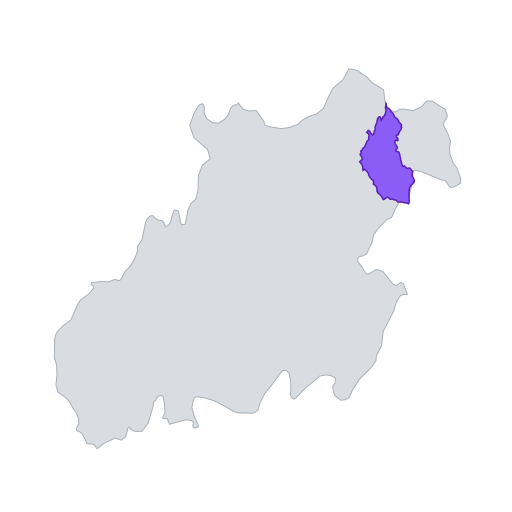 Republic of Serbia, with Jablanicki highlighted, rotated 265°
{"feature_id": "SRB-843", "entity_name": "Jablanicki", "entity_type": "District", "adm_level": 1, "iso_a3": "SRB", "parent_name": "Republic of Serbia", "parent_adm1": "", "projection": "robinson", "projection_center": [22.002, 42.918], "detail": "fine", "context": "in_parent", "style": "filled", "palette": "violet", "viewbox_px": 512, "rotation_deg": 265, "n_neighbors": 0, "source": "natural_earth", "source_scale": "10m", "svg_char_len": 8878}
<svg xmlns="http://www.w3.org/2000/svg" viewBox="0 0 512 512"><g transform="rotate(265 256 256)"><path d="M293.8,188.3L307.8,192.3L314.2,196.0L317.6,200.8L326.6,204.0L341.1,205.6L351.3,210.6L357.0,219.0L366.4,217.0L379.3,204.5L392.0,201.3L404.4,207.2L411.3,212.1L412.4,216.0L409.5,217.5L402.6,216.8L396.9,219.1L392.4,224.6L391.7,230.4L394.9,236.6L399.3,240.9L405.1,243.3L408.1,246.5L408.5,250.6L410.0,251.7L406.8,253.6L403.2,256.4L401.2,261.3L400.8,269.2L389.6,275.4L385.5,276.5L383.6,280.6L380.7,292.2L381.1,300.9L382.6,305.3L383.3,308.9L386.9,313.3L390.2,320.1L392.4,329.1L397.2,336.0L409.6,342.9L415.8,346.8L420.3,352.6L423.8,357.8L434.1,364.7L433.3,369.7L431.1,374.5L428.7,376.8L423.7,383.0L418.7,386.5L410.6,397.5L397.7,398.1L394.6,398.9L389.7,401.9L387.3,407.4L389.6,411.8L389.4,416.3L387.1,424.9L390.2,434.1L394.8,438.4L395.5,440.8L394.8,445.2L388.0,454.0L385.9,457.2L379.1,458.8L376.8,458.0L373.2,455.0L370.0,454.1L361.8,457.6L353.5,459.8L347.0,458.2L340.6,458.0L336.1,459.4L332.8,460.0L326.2,463.8L315.6,466.6L310.7,466.0L308.9,462.4L306.9,457.3L307.9,455.0L314.9,450.9L315.7,447.1L325.4,428.5L327.3,422.5L327.4,420.5L324.9,419.2L319.5,419.3L295.8,411.7L296.9,403.1L289.9,398.5L282.4,394.3L281.2,389.7L272.9,380.3L266.8,375.1L259.0,372.5L252.4,368.6L248.3,366.3L246.6,361.9L246.6,359.4L244.6,356.9L241.3,357.1L235.8,360.6L229.1,363.6L227.9,365.8L230.3,370.9L232.0,374.2L231.2,377.3L229.0,381.3L216.0,390.0L214.5,393.1L217.0,398.0L215.4,400.3L204.5,403.5L204.8,400.8L204.2,396.5L198.0,391.9L189.2,388.4L169.8,376.2L162.3,374.6L155.7,373.2L146.1,367.3L141.2,366.3L135.8,362.1L124.0,348.1L114.0,340.4L107.1,336.5L105.2,332.8L104.9,328.9L105.1,327.6L110.4,322.1L114.5,321.3L119.6,321.1L123.0,323.9L127.5,324.5L130.0,320.9L131.4,315.8L130.9,309.2L120.3,294.0L111.1,283.4L110.1,281.1L112.1,279.1L115.4,278.0L118.8,278.9L127.8,279.7L136.5,278.7L139.5,276.1L139.6,272.6L136.4,269.4L126.4,260.7L118.6,253.0L109.4,247.1L102.5,244.7L100.5,241.8L99.7,238.6L100.5,232.7L101.1,225.2L102.8,220.5L109.1,211.7L115.1,202.3L118.9,193.3L121.0,184.9L120.3,182.5L117.2,180.7L110.7,178.9L101.6,180.5L93.8,183.5L90.8,183.7L89.9,180.0L91.1,178.3L93.5,178.5L95.5,179.2L97.6,177.5L99.0,172.5L96.0,155.1L101.8,153.5L101.9,151.0L102.5,148.8L108.4,151.8L116.7,151.9L124.1,151.3L125.2,149.6L125.2,147.1L123.7,145.2L121.1,143.6L119.2,141.2L114.3,140.1L98.9,133.9L91.4,127.2L91.8,120.2L94.1,116.3L96.7,114.9L96.0,113.6L87.3,110.4L84.3,105.8L86.9,100.0L82.6,88.2L77.9,80.9L82.7,77.7L83.4,73.2L83.8,70.7L85.7,70.7L93.3,67.7L96.1,65.3L97.7,62.4L99.5,61.7L104.5,64.8L109.8,65.1L115.8,63.1L120.3,60.4L125.7,58.1L128.2,56.6L131.3,54.1L137.7,46.9L144.8,45.4L154.3,47.3L164.5,47.9L172.2,46.3L191.6,48.3L195.8,50.0L198.5,51.9L203.5,58.0L208.4,66.0L215.1,69.7L223.2,74.1L227.4,77.3L233.4,86.9L238.2,91.5L239.8,91.3L241.5,90.1L242.6,89.1L243.9,90.0L243.9,92.9L244.2,99.3L243.0,106.2L244.7,112.7L244.7,114.7L243.5,116.5L243.6,118.2L245.3,120.0L251.9,124.2L258.0,130.8L265.0,135.5L271.5,138.5L275.7,138.7L282.4,144.0L295.8,147.9L300.0,149.2L303.0,151.4L305.1,153.9L305.2,156.7L303.1,158.0L300.3,161.7L299.1,166.2L296.9,167.3L294.8,167.4L293.2,168.7L293.6,170.7L295.3,172.5L298.1,174.2L303.5,175.9L308.7,178.4L308.6,180.4L307.6,182.5L300.9,183.3L295.9,183.7L293.6,184.5L293.8,188.3Z" fill="#d9dde1" stroke="#a8b0b8" stroke-width="1"/><path d="M396.5,398.8L395.9,399.1L394.3,398.9L393.1,399.0L392.3,399.6L391.0,401.5L390.1,402.2L387.9,403.3L387.1,403.9L386.5,404.7L385.6,405.0L385.4,405.1L384.9,405.4L384.5,405.6L383.9,405.8L382.9,405.9L382.6,406.1L382.2,406.5L381.7,407.0L381.4,407.4L380.9,408.1L380.7,408.3L380.5,408.5L379.6,409.0L379.1,409.4L378.9,409.6L378.7,409.7L378.4,409.8L378.1,409.8L377.3,409.9L376.9,410.1L376.6,410.2L376.4,410.4L375.9,410.8L375.4,411.5L374.4,412.2L374.3,412.3L374.0,412.3L373.7,412.3L373.3,412.2L372.8,412.1L372.6,412.0L372.3,412.0L372.2,412.1L371.7,412.3L371.4,412.3L371.1,412.2L370.8,411.9L370.4,411.7L369.5,411.5L369.2,411.4L368.8,411.1L368.5,410.9L368.4,410.7L368.1,410.1L367.9,410.0L367.7,409.9L366.9,409.6L366.1,409.2L364.5,408.1L364.2,407.9L364.1,407.7L364.1,407.4L364.1,406.8L364.1,406.6L363.9,406.5L363.8,406.4L363.6,406.3L363.3,406.3L362.9,406.3L362.6,406.3L362.2,406.3L361.9,406.5L361.7,406.6L361.2,407.3L361.0,407.5L360.9,407.6L360.6,407.6L359.7,407.6L359.3,407.5L359.0,407.5L358.8,407.4L358.7,407.3L358.5,407.2L358.5,406.9L358.6,406.7L359.1,406.1L359.2,405.9L359.2,405.7L359.1,405.4L358.6,404.6L358.4,404.4L358.1,404.3L357.5,404.3L356.5,404.3L356.2,404.3L355.9,404.4L355.3,404.6L354.7,405.0L353.8,405.5L352.6,406.0L351.7,406.2L351.4,406.2L351.2,406.1L350.8,405.9L350.4,405.6L349.7,404.8L349.5,404.7L349.3,404.6L349.1,404.6L348.8,404.5L348.6,404.5L348.4,404.6L348.1,404.8L347.9,405.1L347.8,405.3L347.7,405.5L347.6,406.4L347.5,406.7L347.4,406.9L347.2,407.1L346.6,407.5L346.1,407.7L344.1,408.1L343.5,408.1L342.9,408.1L341.9,408.3L341.2,408.5L340.4,408.5L339.5,408.4L339.3,408.4L338.9,408.5L338.1,408.7L337.8,408.8L337.5,408.9L337.2,408.8L336.9,408.9L336.0,409.1L335.8,409.1L335.4,409.1L335.2,409.1L333.5,409.6L333.3,409.7L333.1,409.8L332.7,410.1L332.5,410.3L332.5,410.5L332.4,410.7L332.5,410.9L332.5,411.0L332.8,411.4L332.9,411.6L332.7,411.8L332.2,412.1L331.8,412.3L331.6,412.7L331.4,412.9L331.2,413.0L330.6,413.3L330.4,413.5L330.2,413.7L330.2,414.0L330.2,414.8L330.2,415.7L330.3,416.5L330.2,416.8L329.9,417.0L329.1,417.7L328.8,417.9L328.1,418.2L327.8,418.3L327.6,418.5L326.6,419.5L326.2,419.2L323.6,418.7L321.7,418.7L317.9,420.3L316.6,420.3L315.2,419.4L312.4,416.2L311.0,415.1L309.0,414.5L300.2,413.4L297.1,413.5L295.6,413.1L294.7,412.5L294.8,412.2L295.2,411.9L295.5,411.4L295.8,409.7L297.0,406.1L297.3,404.3L297.4,402.0L299.5,400.3L299.5,400.1L299.9,399.1L299.9,398.9L299.9,398.3L300.0,398.1L300.1,397.9L300.7,397.1L300.9,396.9L300.9,396.7L300.8,396.3L300.8,396.1L300.9,395.4L300.9,395.2L300.8,394.8L300.8,394.6L301.0,394.3L301.3,394.1L301.6,393.9L302.0,393.7L302.2,393.4L302.4,393.1L302.6,392.9L303.0,392.4L303.1,392.2L303.1,391.8L303.0,391.6L302.6,391.0L302.5,390.7L302.3,390.2L302.2,390.0L301.8,389.6L301.7,389.4L301.4,388.8L301.1,388.2L301.1,387.9L301.1,387.7L301.4,387.5L302.5,387.1L303.3,386.8L305.5,385.5L306.0,385.1L306.5,384.7L307.2,383.8L307.4,383.6L307.6,383.4L308.5,382.8L308.7,382.7L309.1,382.5L309.5,382.3L309.8,382.3L310.2,382.2L313.1,382.3L313.4,382.2L313.8,382.2L314.2,382.1L314.4,381.9L315.2,381.4L316.0,380.9L316.3,380.6L316.5,380.4L316.8,379.8L316.9,379.6L317.0,379.5L317.1,379.3L317.4,379.2L317.6,379.1L317.8,379.1L318.0,379.2L318.4,379.3L318.9,379.7L319.1,379.8L319.3,379.8L319.5,379.7L319.9,379.5L320.6,379.3L321.4,379.1L321.5,378.8L321.8,378.5L322.2,378.1L322.7,377.7L323.3,377.1L323.6,376.8L323.9,376.6L324.9,376.1L325.9,375.6L326.5,375.4L326.9,375.3L327.8,375.2L328.1,375.1L329.1,374.8L329.4,374.7L331.0,373.5L331.6,372.9L332.2,372.3L332.8,371.8L332.9,371.6L332.8,371.4L332.8,371.2L332.5,370.8L332.0,370.1L333.5,370.0L334.2,370.0L335.9,370.0L336.5,369.9L337.1,369.7L337.7,369.4L338.4,369.0L339.6,368.4L340.7,367.4L343.5,370.7L344.4,370.1L345.1,370.0L345.5,369.9L345.8,369.8L346.1,369.7L346.3,369.6L347.2,368.8L347.5,368.7L347.8,368.6L348.1,368.6L348.3,368.6L348.6,368.8L349.0,369.3L349.5,369.7L349.7,369.8L349.9,369.9L350.2,369.9L350.3,369.8L350.5,369.8L351.0,369.5L351.2,369.4L351.3,369.4L351.4,369.5L351.5,369.6L351.7,370.2L351.9,370.5L352.1,370.7L352.4,370.9L353.0,371.2L353.2,371.3L353.4,371.4L353.5,371.6L353.9,372.0L354.3,372.5L354.7,373.0L355.5,373.8L355.7,374.0L356.3,374.3L356.8,374.6L357.6,375.0L358.2,375.4L358.5,375.6L358.9,375.8L359.6,376.0L359.8,376.1L360.1,376.2L360.5,376.6L361.0,377.0L362.0,378.2L362.5,378.7L363.0,378.6L363.7,378.5L364.0,378.5L364.3,378.5L364.9,378.7L365.3,379.0L365.5,379.0L365.8,379.1L366.1,379.1L367.5,378.9L367.9,378.7L368.1,378.5L368.7,377.8L369.4,377.0L369.9,377.5L370.5,378.0L371.4,378.7L371.5,378.8L371.4,379.0L370.7,379.6L370.4,380.1L370.2,380.3L369.3,380.6L369.1,380.6L368.5,381.0L368.4,381.1L368.2,381.2L368.0,381.5L367.8,381.7L366.6,382.6L366.5,382.8L366.5,383.0L366.6,383.4L366.8,383.5L367.7,384.1L368.0,384.3L368.4,384.4L369.4,384.5L369.8,384.6L370.1,384.7L370.3,384.9L370.6,385.1L371.0,385.5L371.3,385.7L371.5,385.9L372.0,385.9L372.8,385.8L373.2,385.8L373.5,385.8L373.8,385.8L374.2,385.9L375.0,386.3L376.7,387.1L377.4,387.4L378.2,387.8L378.6,388.2L378.9,388.3L379.1,388.4L380.0,388.3L380.5,388.4L380.7,388.5L381.8,389.0L383.0,389.7L383.4,390.1L383.7,390.3L383.9,390.7L384.0,391.0L383.9,391.4L383.7,391.5L383.3,391.9L382.8,392.0L381.9,392.3L380.3,392.6L381.0,393.1L381.9,393.7L382.1,393.8L382.4,394.0L383.0,394.2L383.3,394.4L383.4,394.5L383.6,394.6L383.8,395.3L384.0,395.4L384.4,395.8L384.7,396.2L385.1,396.5L385.6,396.7L386.2,397.0L386.8,397.4L387.2,397.5L388.0,397.7L388.3,397.7L389.0,398.0L389.3,398.1L389.6,398.1L390.2,398.1L390.6,398.1L391.6,397.9L392.3,397.9L392.6,397.9L393.0,398.0L393.6,398.2L394.0,398.3L394.6,398.5L396.5,398.8Z" fill="#8b5cf6" stroke="#5b21b6" stroke-width="1.5"/></g></svg>